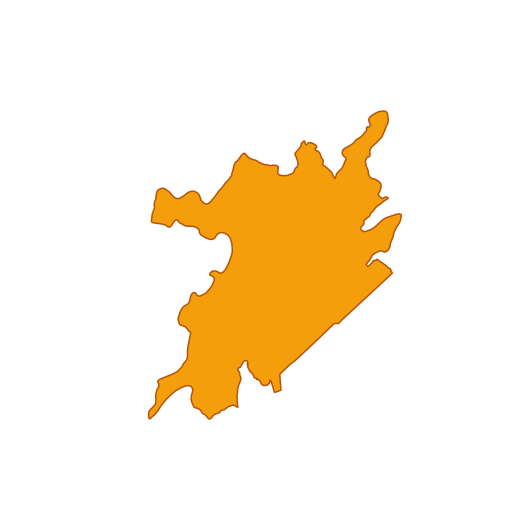 Mosman, New South Wales, Australia (Equal Earth projection), rotated 218°
{"feature_id": "25037944B9039648932577", "entity_name": "Mosman", "entity_type": "district", "adm_level": 2, "iso_a3": "AUS", "parent_name": "Australia", "parent_adm1": "New South Wales", "projection": "equal_earth", "projection_center": [151.246, -33.828], "detail": "fine", "context": "isolated", "style": "filled", "palette": "amber", "viewbox_px": 512, "rotation_deg": 218, "n_neighbors": 0, "source": "geoboundaries", "source_scale": "gbopen_adm2", "svg_char_len": 6135}
<svg xmlns="http://www.w3.org/2000/svg" viewBox="0 0 512 512"><g transform="rotate(218 256 256)"><path d="M153.7,165.7L161.4,174.0L164.1,177.0L164.4,177.8L162.3,192.0L161.6,195.4L161.0,196.3L160.3,200.6L156.5,225.0L152.8,250.7L150.0,253.3L149.4,253.6L149.1,257.5L138.9,320.5L138.1,326.5L140.0,327.2L142.5,328.8L143.2,328.3L144.3,328.1L148.5,328.5L153.2,328.3L157.3,327.8L157.6,328.2L158.7,327.7L158.5,327.2L160.2,324.9L160.4,325.0L160.7,323.7L160.3,323.4L161.0,317.1L161.4,316.7L162.0,316.6L164.1,317.4L164.0,323.7L164.7,328.0L164.5,330.0L162.6,334.4L161.0,336.8L159.4,337.8L157.4,338.0L156.5,339.0L155.7,340.8L155.6,342.9L156.0,345.2L157.9,348.9L160.0,356.1L161.5,359.0L162.0,360.5L163.0,365.2L163.4,370.2L164.1,373.0L166.3,377.3L167.2,378.0L168.8,377.7L170.9,375.5L175.9,368.0L177.4,365.4L178.7,361.6L180.0,352.8L180.7,350.2L181.6,347.9L184.4,343.3L185.4,342.1L186.8,341.4L188.5,341.3L190.4,341.8L190.9,342.6L191.0,343.5L190.7,346.6L190.8,347.3L191.3,348.5L192.3,349.5L192.6,351.1L192.2,352.4L192.1,354.1L191.1,356.9L191.8,361.0L191.5,362.7L191.5,366.3L191.2,370.1L190.1,372.7L189.8,375.1L188.9,378.6L187.7,381.3L187.5,382.9L188.6,383.2L189.8,382.6L190.6,381.6L191.8,379.1L192.1,379.0L193.7,378.9L197.2,379.4L197.8,380.2L198.4,383.9L199.3,386.0L200.8,388.6L202.0,389.6L204.0,390.3L205.9,390.3L209.8,389.7L212.8,388.3L215.0,388.3L217.6,389.7L220.4,392.4L224.6,394.8L227.9,397.7L228.6,399.0L229.3,401.8L229.0,402.5L228.1,403.6L228.0,404.9L228.9,406.4L231.0,408.9L231.9,411.2L231.8,413.8L230.8,420.0L230.1,427.2L231.7,433.7L233.3,438.6L233.9,441.8L234.5,443.1L235.7,444.8L240.1,449.2L241.9,449.8L242.9,449.7L244.1,449.2L246.3,447.4L248.5,444.7L249.8,442.0L251.7,436.6L251.7,434.5L251.2,432.8L249.8,431.6L246.9,430.1L246.4,429.5L246.2,428.3L246.5,426.9L246.8,426.4L247.9,426.2L247.9,425.7L247.5,424.7L246.3,423.0L246.0,422.0L246.3,420.6L246.3,417.8L246.5,415.2L248.7,409.0L248.5,406.3L248.7,405.1L249.7,401.8L252.5,395.1L252.7,393.3L252.1,391.1L250.8,389.5L249.1,388.9L245.5,388.5L245.0,388.2L244.5,387.5L244.2,385.5L242.7,380.5L242.4,378.6L242.4,377.2L242.8,374.8L243.1,370.7L241.5,365.7L242.1,365.5L246.7,368.0L249.0,368.7L255.6,369.2L259.5,368.9L260.1,369.4L260.7,371.0L261.2,371.9L262.2,372.9L265.1,373.7L268.1,375.9L269.5,376.5L271.5,376.7L274.4,376.1L275.3,376.5L275.6,377.0L275.0,378.7L275.1,379.1L276.5,380.0L277.6,380.2L282.1,379.3L283.6,378.3L284.3,377.7L284.8,374.6L286.3,374.7L288.0,376.3L288.9,376.3L289.2,375.7L289.3,374.2L289.7,372.9L288.5,370.6L288.1,369.2L288.5,360.9L287.8,360.0L285.0,358.6L280.2,355.4L279.2,354.0L278.6,352.3L278.6,351.0L279.0,349.2L278.1,346.1L278.0,344.0L278.5,342.7L281.1,338.5L283.6,336.4L286.3,334.7L287.5,334.3L288.8,334.3L290.4,335.1L293.2,339.8L294.1,340.2L295.2,340.1L298.7,338.0L300.5,335.8L302.7,335.1L306.0,333.1L310.6,331.8L315.1,331.3L317.7,330.1L321.2,329.2L323.5,329.1L327.8,330.0L329.0,329.3L329.5,326.1L329.2,320.3L329.3,319.2L329.9,317.7L329.7,316.4L329.1,313.7L326.4,308.2L326.1,306.8L324.9,304.6L324.6,301.7L324.6,299.2L325.1,294.0L324.8,289.0L325.4,284.6L324.9,276.2L325.1,275.0L325.3,269.7L326.0,267.8L327.0,266.5L328.0,265.9L331.3,265.7L333.7,266.2L337.0,268.4L339.2,269.4L341.8,269.6L344.2,269.0L346.5,267.6L348.1,265.3L349.1,262.8L350.4,257.5L351.6,254.7L353.0,252.9L355.1,252.1L358.3,251.9L363.3,253.1L367.3,253.0L370.1,252.6L371.8,251.6L373.3,249.0L373.9,247.3L373.5,245.2L372.7,243.5L369.8,238.8L369.3,236.6L368.1,234.0L367.8,233.5L366.6,232.9L366.1,232.0L365.2,230.3L363.7,225.4L360.2,219.5L359.4,218.7L358.8,218.5L357.5,218.9L348.9,223.8L346.2,224.7L343.2,224.8L342.1,225.4L341.6,226.3L341.3,228.0L341.8,233.3L341.4,234.6L340.7,235.9L340.0,236.0L337.8,235.3L336.2,235.2L330.4,236.2L328.8,237.0L323.3,241.0L320.2,241.8L317.2,241.7L314.7,239.5L313.3,238.9L311.9,238.7L307.3,239.3L302.3,240.8L300.8,242.1L299.7,244.1L299.6,245.6L300.0,248.2L299.7,249.7L298.9,251.8L297.9,253.1L295.0,254.6L291.3,255.2L289.0,254.7L286.6,253.8L282.3,250.6L278.4,246.2L276.9,244.0L275.4,240.7L273.2,233.9L273.2,233.2L272.0,228.3L271.8,226.8L272.0,223.2L272.6,221.5L273.6,220.4L277.7,219.7L279.2,219.0L280.2,218.1L281.4,216.4L281.6,215.0L281.5,213.7L281.2,213.0L280.5,212.6L276.7,213.3L275.3,212.9L274.7,212.2L273.7,210.3L272.6,206.2L272.3,203.8L272.3,200.9L272.7,195.7L275.3,190.2L276.3,189.3L277.7,188.8L278.8,188.8L280.5,189.6L281.5,189.5L282.5,188.9L283.3,187.1L283.0,184.8L281.0,180.5L280.3,178.4L280.0,176.9L281.9,171.7L282.1,170.4L281.6,166.6L281.2,164.5L280.3,162.5L279.4,159.5L278.0,157.8L275.1,155.6L274.3,155.2L272.8,155.2L269.5,156.4L268.0,156.6L264.7,156.1L262.9,155.5L261.1,155.6L260.1,155.0L253.5,142.1L251.1,138.4L248.6,135.3L247.3,133.2L246.9,131.8L246.6,129.9L246.9,126.1L246.2,123.8L246.1,122.7L246.9,116.4L249.0,111.8L256.0,99.4L256.4,98.0L256.3,97.1L256.1,96.4L254.0,95.3L252.6,93.7L252.1,92.5L251.8,89.8L249.8,85.3L249.1,84.2L245.6,80.2L244.6,78.5L244.0,76.2L244.7,69.1L244.6,67.6L244.2,66.6L242.0,63.5L240.2,62.2L239.5,62.3L239.0,63.1L239.0,64.6L238.1,68.9L238.0,73.1L238.6,79.0L238.6,83.8L238.2,89.8L237.3,96.1L236.3,100.3L234.2,105.5L232.1,109.3L229.9,111.9L228.8,112.7L226.9,113.3L224.5,112.5L222.8,110.9L220.9,106.1L218.8,103.1L216.8,101.4L212.2,98.9L210.9,98.8L208.4,99.9L206.0,100.3L204.3,100.2L201.5,99.1L199.7,99.1L197.8,99.7L195.4,98.9L193.0,98.6L192.3,98.9L191.6,100.2L191.3,101.4L191.5,103.7L191.3,105.3L190.6,106.7L188.4,110.0L188.3,112.6L187.8,113.6L186.3,115.4L185.1,120.2L184.1,121.5L182.9,123.7L182.1,124.4L180.8,125.0L178.6,125.1L177.3,125.7L182.0,130.5L183.4,132.5L185.9,135.4L186.4,137.0L188.0,138.9L189.8,142.4L191.2,147.4L192.4,150.1L193.6,151.2L195.1,151.9L197.1,154.0L199.4,154.8L201.0,155.8L200.9,156.8L200.0,158.6L199.9,159.3L200.6,163.1L200.7,165.4L200.3,166.7L199.4,167.5L198.1,167.8L196.3,166.4L196.5,165.4L195.9,165.3L195.8,165.5L195.3,165.2L194.3,163.5L190.2,161.5L187.6,161.3L185.2,160.6L183.9,160.1L182.9,159.1L182.4,159.0L181.0,159.7L179.3,159.2L179.3,160.1L176.4,159.8L175.4,159.9L173.6,158.7L171.1,158.4L169.7,159.1L167.6,161.1L167.6,163.1L167.2,163.3L167.4,163.5L167.2,163.7L167.3,164.8L167.6,165.5L168.5,166.4L168.0,166.9L166.4,166.2L157.5,159.9L156.1,161.7L153.7,165.7Z" fill="#f59e0b" stroke="#b45309" stroke-width="1.5"/></g></svg>